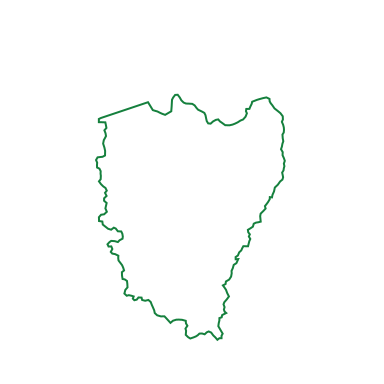 Joselândia, Maranhão, Brazil, rotated 131°
{"feature_id": "56859067B10532141445233", "entity_name": "Joselândia", "entity_type": "district", "adm_level": 2, "iso_a3": "BRA", "parent_name": "Brazil", "parent_adm1": "Maranhão", "projection": "albers", "projection_center": [-44.747, -5.02], "detail": "fine", "context": "isolated", "style": "outline", "palette": "green", "viewbox_px": 384, "rotation_deg": 131, "n_neighbors": 0, "source": "geoboundaries", "source_scale": "gbopen_adm2", "svg_char_len": 3581}
<svg xmlns="http://www.w3.org/2000/svg" viewBox="0 0 384 384"><g transform="rotate(131 192 192)"><path d="M198.0,310.2L200.4,308.1L198.4,305.7L196.3,303.1L197.9,301.0L199.8,298.6L202.9,298.6L204.4,295.8L206.2,293.6L208.3,293.1L210.7,292.6L213.8,290.8L215.9,287.3L218.0,284.5L221.5,281.6L224.1,282.6L225.7,284.1L227.8,286.0L230.8,285.4L232.1,282.8L234.0,281.4L235.8,279.7L235.1,277.2L236.2,274.6L238.2,273.0L239.6,271.4L242.3,269.3L245.0,269.2L245.8,265.8L246.0,262.6L245.7,260.0L246.9,257.2L249.7,257.1L251.0,253.9L254.4,254.2L256.3,252.6L256.3,249.2L261.2,246.6L262.8,243.3L266.5,243.7L268.8,245.7L272.1,245.7L274.9,243.1L273.1,240.3L275.1,238.0L275.0,235.4L274.8,231.2L273.5,228.3L270.2,227.6L269.6,225.6L270.3,222.2L268.2,219.5L269.2,217.2L271.0,215.0L272.8,213.8L275.9,215.0L278.4,215.1L279.8,218.1L281.9,220.9L284.0,221.4L286.9,221.5L287.9,219.2L286.0,217.2L287.3,214.7L290.5,214.0L290.8,211.8L289.3,209.2L288.4,205.8L290.3,204.3L291.9,202.5L292.5,199.5L293.1,196.7L294.3,194.2L295.8,191.8L298.5,192.3L301.0,190.0L303.2,187.3L302.1,185.5L301.8,182.7L303.8,180.5L306.3,178.1L309.6,178.1L313.0,176.4L313.1,173.2L311.3,172.0L310.1,169.8L309.1,167.5L311.3,166.7L311.5,164.5L309.5,163.1L306.7,163.2L304.8,160.8L306.2,158.8L304.8,156.0L302.1,154.1L302.1,151.0L303.5,148.4L304.7,145.8L306.1,142.9L307.8,140.7L307.9,137.4L306.3,133.9L303.9,131.2L304.2,128.3L304.6,124.9L304.9,122.4L301.6,121.9L298.7,120.1L297.0,118.3L295.0,115.7L293.3,112.2L295.1,110.4L296.0,107.7L299.4,107.3L300.6,105.4L303.9,103.0L304.1,99.7L303.7,97.2L300.8,95.5L298.4,94.3L296.3,93.7L294.0,93.5L292.2,91.6L291.1,89.1L288.2,88.8L286.3,87.9L285.5,85.3L286.3,81.8L286.4,79.1L286.9,75.9L284.4,75.4L283.0,73.8L281.1,75.4L278.8,75.9L277.6,79.5L276.7,82.1L276.0,84.1L273.4,85.8L270.9,87.1L269.2,88.6L267.1,87.4L265.1,88.5L260.9,86.8L260.9,88.9L259.8,90.8L257.5,91.9L256.1,94.5L254.0,95.3L250.2,95.3L246.6,95.6L245.2,99.1L243.5,102.2L242.8,104.8L242.2,107.4L239.4,106.3L237.3,107.7L233.7,106.5L230.2,107.0L227.3,108.7L225.6,110.4L222.8,111.2L219.6,112.7L216.6,111.8L212.3,113.1L214.1,114.9L212.5,116.4L209.8,115.7L206.6,116.8L203.8,116.5L201.5,117.2L199.2,117.7L197.8,116.0L196.2,114.1L193.3,115.6L191.5,116.5L189.2,117.2L188.3,119.9L186.0,120.6L185.5,123.1L183.9,125.0L181.2,124.1L178.2,123.3L175.4,124.6L173.1,123.6L171.2,122.0L169.3,120.7L167.5,122.6L165.5,124.7L163.3,126.0L159.6,125.7L156.2,125.6L154.8,127.7L152.3,127.8L149.8,128.0L146.5,128.6L144.8,129.9L143.6,128.1L141.3,129.4L137.7,130.5L134.3,132.4L130.2,132.0L126.2,132.4L123.3,131.9L121.1,132.9L119.7,134.7L118.2,136.7L115.7,137.1L113.8,138.3L111.9,139.2L110.3,141.3L107.6,142.4L106.2,144.8L104.8,147.8L102.4,149.7L101.3,152.9L98.8,153.9L96.3,155.4L93.8,156.4L91.9,158.8L89.3,161.4L86.9,161.8L84.8,163.3L83.1,165.0L81.5,167.3L80.1,170.2L77.6,171.0L75.3,173.2L74.5,177.0L74.6,180.4L74.8,184.6L73.8,188.4L73.4,190.8L72.6,192.9L70.9,194.6L71.8,197.9L74.6,200.0L77.9,202.2L80.0,203.5L84.4,205.8L86.3,204.8L89.6,203.9L91.6,203.2L93.7,205.5L95.6,204.3L96.6,202.2L100.0,201.0L103.7,201.0L106.3,202.3L109.4,203.2L112.2,204.4L114.5,205.6L117.1,207.5L119.8,210.8L120.1,214.6L120.4,217.3L120.0,219.8L121.9,221.3L124.9,222.4L128.2,222.8L129.6,224.8L128.8,227.4L127.2,229.6L125.2,232.2L124.2,234.6L124.8,237.4L125.9,241.4L125.6,243.8L124.9,246.8L125.3,249.6L127.5,252.5L129.2,254.6L130.0,257.0L129.8,260.2L128.7,263.2L128.0,266.6L129.8,268.4L133.1,268.2L135.5,267.6L140.9,263.4L144.7,260.6L151.4,262.9L152.5,265.7L153.2,268.0L153.9,270.9L154.8,272.8L155.9,275.3L153.1,284.1L175.2,297.1L195.9,309.3L198.0,310.2Z" fill="none" stroke="#15803d" stroke-width="2"/></g></svg>